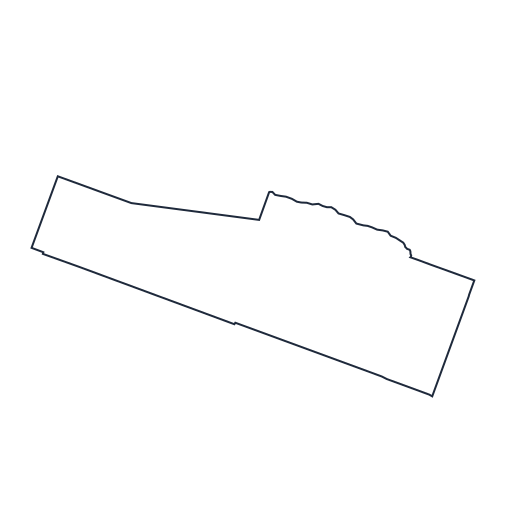 the district of Eureka, Nevada, United States of America, rotated 290°
{"feature_id": "52423323B8686536787653", "entity_name": "Eureka", "entity_type": "district", "adm_level": 2, "iso_a3": "USA", "parent_name": "United States of America", "parent_adm1": "Nevada", "projection": "mercator", "projection_center": [-115.994, 40.081], "detail": "fine", "context": "isolated", "style": "outline", "palette": "slate", "viewbox_px": 512, "rotation_deg": 290, "n_neighbors": 0, "source": "geoboundaries", "source_scale": "gbopen_adm2", "svg_char_len": 904}
<svg xmlns="http://www.w3.org/2000/svg" viewBox="0 0 512 512"><g transform="rotate(290 256 256)"><path d="M186.9,42.3L186.8,54.9L185.1,55.0L185.3,92.4L184.5,259.0L186.2,259.4L185.8,415.4L185.1,421.1L185.0,466.2L184.4,469.6L290.8,469.7L292.5,469.5L307.7,469.5L307.7,456.0L307.6,423.1L307.7,410.2L307.6,401.5L308.3,401.8L309.7,401.6L310.6,400.6L313.3,399.4L314.4,398.3L314.4,395.4L314.9,394.6L315.5,393.2L316.5,392.5L317.4,391.8L318.9,389.8L319.5,387.1L320.9,381.2L321.1,375.6L323.9,371.5L323.4,366.4L322.2,360.8L322.6,355.2L322.5,350.6L321.5,346.4L320.8,339.2L323.6,334.8L324.8,330.9L324.6,325.0L324.2,319.0L326.6,314.8L327.6,310.1L326.1,305.9L325.8,301.5L326.4,296.9L323.7,291.3L323.4,285.5L321.7,280.2L321.0,275.8L322.0,270.2L322.0,263.9L320.9,258.8L320.0,253.1L321.8,249.5L321.0,247.1L320.5,246.5L291.0,246.6L263.1,120.8L263.1,42.5L186.9,42.3Z" fill="none" stroke="#1e293b" stroke-width="2"/></g></svg>